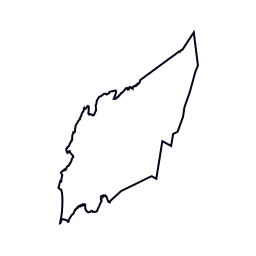 Húnavatnshreppur, Norðurland vestra, Iceland, rotated 279°
{"feature_id": "244011B27584551294957", "entity_name": "Húnavatnshreppur", "entity_type": "district", "adm_level": 2, "iso_a3": "ISL", "parent_name": "Iceland", "parent_adm1": "Norðurland vestra", "projection": "equal_earth", "projection_center": [-19.834, 65.207], "detail": "fine", "context": "isolated", "style": "outline", "palette": "ink", "viewbox_px": 256, "rotation_deg": 279, "n_neighbors": 0, "source": "geoboundaries", "source_scale": "gbopen_adm2", "svg_char_len": 5196}
<svg xmlns="http://www.w3.org/2000/svg" viewBox="0 0 256 256"><g transform="rotate(279 128 128)"><path d="M117.0,173.4L129.1,173.5L132.1,177.6L147.7,180.6L157.3,180.5L173.7,183.5L193.9,185.7L200.7,187.3L232.7,178.0L213.8,169.5L213.6,168.8L213.5,168.5L212.8,168.1L212.2,167.6L211.4,167.4L211.4,167.2L211.6,167.1L211.6,166.5L211.4,166.3L211.4,166.1L211.1,166.0L210.5,165.4L210.3,165.3L200.6,155.6L177.3,132.6L176.0,132.6L174.4,132.1L173.9,132.0L173.4,131.6L173.6,131.4L173.6,131.1L173.1,130.8L173.2,130.7L172.8,130.5L172.9,130.4L172.7,130.3L172.3,130.4L172.2,130.3L171.9,130.3L171.5,129.9L171.5,129.7L171.3,129.6L171.5,129.4L171.2,129.2L171.3,129.1L170.8,128.8L171.0,128.6L170.8,128.4L170.6,127.9L170.3,127.8L170.3,127.6L170.1,127.6L169.9,127.2L169.6,127.1L169.3,126.8L168.9,126.5L168.6,126.5L169.1,126.2L168.5,125.7L168.0,125.7L167.7,125.4L167.8,125.2L167.4,125.1L167.8,125.0L167.4,124.9L168.1,124.9L168.3,124.8L168.5,124.5L168.3,124.3L168.3,124.2L168.8,124.0L168.8,123.8L168.3,123.5L168.0,123.0L167.6,122.9L168.0,122.7L167.7,122.5L167.1,122.3L166.2,122.2L165.9,122.0L165.9,121.8L166.4,121.7L167.0,121.2L166.6,121.0L166.7,120.7L167.0,120.4L166.9,119.9L167.0,119.8L166.9,119.7L166.7,119.5L166.0,119.3L165.1,118.7L164.6,118.5L164.1,118.1L163.4,117.8L162.8,117.1L162.1,116.8L161.7,116.3L161.3,116.1L161.0,115.8L161.1,115.6L159.6,114.9L159.4,114.6L158.8,114.3L158.8,114.2L158.6,114.0L157.9,113.8L157.7,113.7L157.8,113.5L157.0,113.1L156.9,112.9L156.9,112.6L156.2,112.3L155.6,111.8L155.0,111.4L154.8,111.1L154.8,110.8L155.1,110.5L154.7,110.3L154.7,110.2L154.7,109.8L154.9,109.6L154.8,109.4L155.8,109.6L158.3,110.2L160.6,110.6L161.2,110.6L161.8,110.5L163.1,109.9L160.8,104.1L159.3,103.8L159.0,103.4L158.8,102.8L157.7,101.7L158.4,100.4L158.3,100.0L157.8,98.8L156.8,97.7L155.8,97.1L154.2,94.6L150.4,93.0L150.0,93.0L148.9,92.9L146.6,93.0L145.3,92.5L141.7,93.5L140.6,93.6L139.7,93.5L136.9,92.7L135.5,92.2L135.0,91.8L135.0,91.3L135.2,90.9L135.2,90.5L135.5,90.1L135.7,88.7L135.9,88.3L135.8,88.2L135.3,88.0L135.2,87.6L135.5,87.3L135.5,87.1L135.7,86.9L136.7,86.4L138.1,86.6L138.8,86.4L142.0,86.1L143.1,85.8L143.4,85.5L143.6,85.0L143.6,84.8L143.4,84.5L142.5,84.3L141.6,83.8L140.3,83.0L140.3,82.5L140.6,81.6L140.8,81.5L140.5,81.4L139.8,81.4L139.0,81.6L137.5,81.4L137.1,81.2L137.0,80.9L136.2,80.5L134.2,80.0L132.6,79.9L131.3,79.4L130.8,79.3L130.3,79.0L129.7,79.0L129.0,79.2L128.8,79.0L128.7,78.7L128.4,78.6L127.4,77.9L126.5,77.5L125.6,77.3L125.0,77.1L122.5,75.9L121.9,75.9L120.2,76.0L119.2,75.8L117.9,76.1L115.5,76.0L115.3,75.9L115.4,75.3L115.3,75.1L115.0,74.9L115.1,74.7L113.8,74.6L112.4,74.2L111.8,74.2L109.8,74.4L106.7,74.6L106.6,74.4L106.6,74.1L104.6,73.5L102.9,72.8L101.9,72.8L101.2,72.5L100.9,72.5L100.8,72.4L100.5,72.1L100.4,71.8L99.9,71.7L99.5,71.5L99.6,71.3L99.4,71.2L99.5,71.1L99.2,70.9L98.4,70.8L98.1,70.6L97.8,70.6L97.7,70.4L97.5,70.2L96.4,70.6L94.5,71.5L93.9,72.0L94.8,72.5L94.8,73.3L95.1,73.5L96.2,73.6L96.9,73.6L96.4,73.8L95.9,74.2L94.6,74.8L94.1,75.2L93.9,75.4L93.7,75.9L92.2,77.6L91.8,78.2L91.2,78.5L90.5,78.3L90.2,78.1L90.1,77.9L89.9,77.8L89.2,77.8L88.5,77.4L86.6,77.2L85.9,77.0L85.4,76.7L84.0,76.5L83.7,76.3L83.7,76.0L83.5,75.8L82.1,75.6L81.2,75.2L81.0,74.7L80.8,74.2L80.4,73.9L79.3,73.5L78.5,73.5L77.1,73.2L76.9,73.0L77.1,72.7L76.5,72.2L76.6,71.9L77.0,71.6L75.7,71.0L75.6,70.7L75.6,70.3L74.7,69.5L73.5,68.8L71.0,70.5L67.7,70.2L65.1,70.4L65.1,70.2L64.7,70.2L65.0,69.4L58.1,68.7L58.1,68.9L57.9,69.3L56.8,70.4L56.8,70.8L56.6,71.2L56.5,71.7L56.3,71.9L55.4,72.1L54.1,72.8L50.2,73.8L47.2,74.4L41.7,75.2L34.7,75.9L28.8,76.0L26.5,75.8L26.1,75.9L25.7,76.0L25.3,75.8L23.3,75.8L23.5,76.1L23.8,76.2L25.3,76.0L26.0,76.1L25.8,76.6L26.8,76.8L27.7,77.2L27.7,77.3L27.5,77.6L27.7,78.3L27.6,78.6L27.7,79.4L27.5,80.3L27.3,81.0L27.2,82.2L27.1,82.4L26.1,83.2L25.8,83.5L25.9,83.8L26.3,84.0L27.9,84.0L28.8,84.2L32.5,85.7L33.6,86.3L34.1,86.9L34.7,87.4L39.2,88.6L39.5,89.0L39.3,89.1L39.8,89.4L40.1,89.5L40.3,89.8L40.9,90.0L41.0,90.3L41.3,90.3L41.4,90.2L41.5,90.2L41.6,90.5L41.4,90.6L41.5,91.0L41.8,91.1L42.1,91.0L42.8,91.2L43.1,91.6L42.8,91.9L43.5,92.2L43.4,92.5L43.7,92.9L43.7,93.0L43.9,93.1L43.6,93.3L43.8,93.4L43.8,93.5L44.0,93.6L44.3,93.8L44.2,94.0L44.4,94.2L44.4,94.3L44.8,94.6L44.8,94.8L44.6,94.9L45.2,95.2L45.1,95.3L45.0,95.5L45.3,95.7L45.3,95.9L45.4,96.0L45.1,96.1L45.4,96.3L45.3,96.5L45.6,96.7L45.7,96.8L45.5,97.0L45.8,97.3L45.7,97.6L44.2,98.0L43.2,98.1L41.4,98.5L41.1,98.8L40.7,99.0L40.7,99.3L40.0,99.7L39.5,99.9L39.1,100.2L39.0,101.3L38.5,101.9L38.5,102.2L39.1,103.7L39.7,104.1L40.1,104.4L40.6,105.2L40.5,105.5L39.9,106.0L39.5,106.5L39.6,106.8L40.1,107.6L40.0,109.0L40.1,109.3L40.6,109.9L41.2,110.4L42.9,110.7L44.1,111.1L46.1,111.7L50.2,112.7L51.0,113.1L51.8,113.3L52.5,113.1L52.7,112.8L52.6,112.6L52.8,112.5L53.6,112.5L55.5,112.0L55.9,112.1L56.2,112.0L56.4,112.1L56.3,112.4L56.5,112.5L56.5,112.8L56.6,113.0L56.8,113.2L57.0,113.2L57.2,113.5L56.7,113.9L56.7,114.0L56.4,114.1L56.7,114.2L56.5,114.3L56.6,114.5L56.9,114.7L57.1,114.8L57.5,115.1L57.6,115.5L57.9,115.8L57.0,116.6L57.0,116.8L56.9,117.0L57.2,117.2L57.2,117.3L56.4,117.6L52.1,120.2L51.8,120.6L51.8,121.8L53.2,121.9L64.7,131.1L74.6,145.3L81.9,155.6L84.1,159.0L82.2,163.9L120.4,164.0L117.0,173.4Z" fill="none" stroke="#020617" stroke-width="2"/></g></svg>